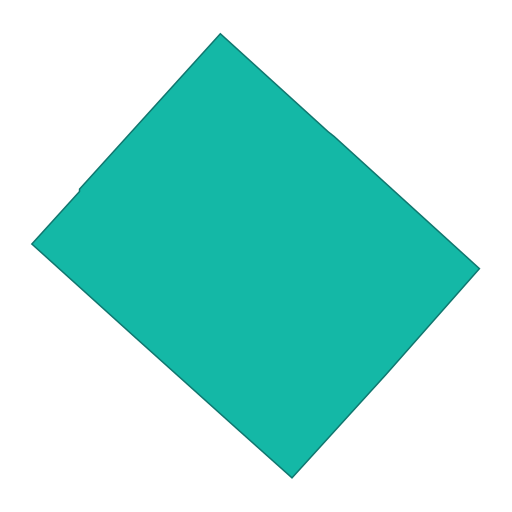 outline of Codington, South Dakota, United States of America, rotated 42°
{"feature_id": "52423323B33068047494681", "entity_name": "Codington", "entity_type": "district", "adm_level": 2, "iso_a3": "USA", "parent_name": "United States of America", "parent_adm1": "South Dakota", "projection": "albers", "projection_center": [-97.185, 44.978], "detail": "fine", "context": "isolated", "style": "filled", "palette": "teal", "viewbox_px": 512, "rotation_deg": 42, "n_neighbors": 0, "source": "geoboundaries", "source_scale": "gbopen_adm2", "svg_char_len": 310}
<svg xmlns="http://www.w3.org/2000/svg" viewBox="0 0 512 512"><g transform="rotate(42 256 256)"><path d="M431.9,256.7L430.5,115.9L234.3,114.9L226.5,115.4L80.8,114.7L80.1,324.3L81.7,326.2L81.4,397.1L221.3,397.3L361.2,397.1L431.2,396.8L431.9,256.7Z" fill="#14b8a6" stroke="#0f766e" stroke-width="1.5"/></g></svg>